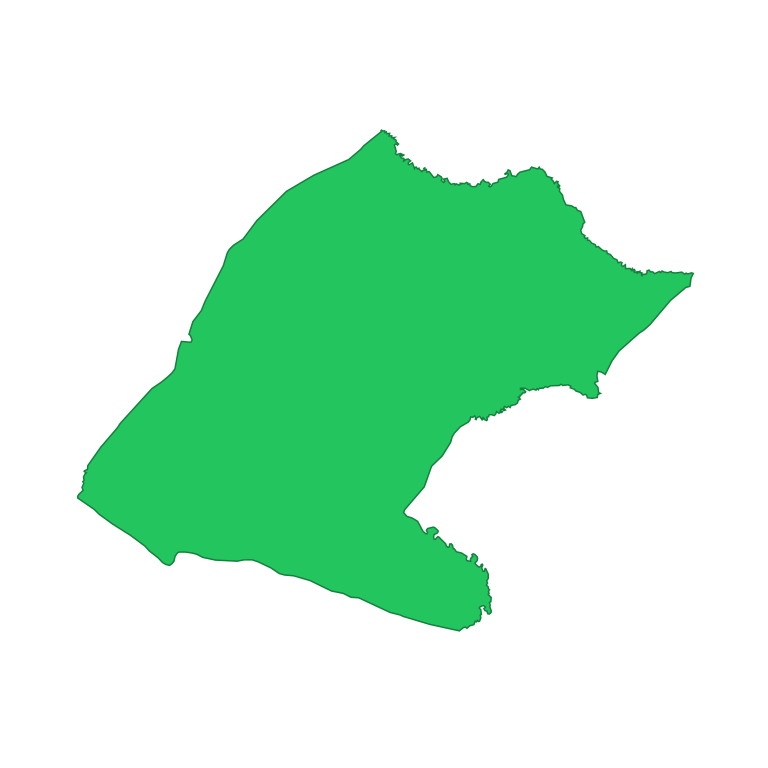 Kaset Wisai, Roi Et, Thailand (orthographic projection), rotated 210°
{"feature_id": "78962969B16569105271651", "entity_name": "Kaset Wisai", "entity_type": "district", "adm_level": 2, "iso_a3": "THA", "parent_name": "Thailand", "parent_adm1": "Roi Et", "projection": "orthographic", "projection_center": [103.508, 15.604], "detail": "fine", "context": "isolated", "style": "filled", "palette": "green", "viewbox_px": 768, "rotation_deg": 210, "n_neighbors": 0, "source": "geoboundaries", "source_scale": "gbopen_adm2", "svg_char_len": 6171}
<svg xmlns="http://www.w3.org/2000/svg" viewBox="0 0 768 768"><g transform="rotate(210 384 384)"><path d="M195.3,207.9L193.4,212.8L192.2,214.1L190.0,213.9L188.8,217.5L185.8,220.6L186.4,224.2L185.1,224.2L185.0,225.9L183.7,225.4L182.6,226.2L183.3,230.0L185.1,231.9L184.4,233.1L187.4,237.0L189.2,237.4L189.7,238.3L187.9,241.2L186.0,242.0L184.6,241.3L185.2,239.4L183.2,238.2L181.3,238.8L179.3,236.9L177.8,237.4L177.0,239.5L177.7,241.2L180.8,243.8L181.5,245.6L183.4,247.5L182.6,248.9L184.4,252.7L188.6,253.9L188.4,255.4L189.7,256.3L189.7,258.5L191.3,259.0L192.4,260.5L194.7,260.9L194.8,263.4L196.6,264.8L196.5,267.7L198.6,271.4L203.7,275.0L204.2,274.3L203.3,272.2L204.6,271.3L207.4,273.5L207.9,276.5L208.7,277.1L209.5,276.3L209.1,274.4L210.0,272.9L214.6,273.7L215.7,274.6L215.0,277.3L215.8,279.8L216.9,280.9L220.0,281.8L221.9,281.5L222.6,280.2L220.9,278.9L221.6,277.6L221.6,275.5L220.3,273.8L223.7,272.5L224.8,272.9L226.1,276.2L232.4,276.4L237.4,274.9L240.4,276.3L242.0,276.3L244.1,278.7L245.9,279.2L247.1,278.2L246.1,275.6L246.9,274.6L248.8,274.9L250.7,276.4L260.1,278.9L261.1,278.6L261.9,275.1L263.1,274.7L264.5,276.2L265.3,278.7L263.5,281.3L263.3,283.3L264.0,284.1L268.5,285.0L269.9,284.6L274.0,280.6L274.1,278.5L271.8,276.9L272.0,275.8L273.0,275.2L276.8,276.0L286.2,281.9L292.8,282.0L297.9,280.8L302.8,282.5L303.2,285.7L297.7,315.1L301.7,336.6L297.6,350.9L297.1,366.7L298.5,372.1L298.5,376.5L296.5,385.2L291.9,393.2L291.6,395.9L292.5,398.8L290.5,399.6L289.5,401.7L287.8,400.6L287.2,399.1L286.3,399.4L286.8,401.0L285.0,403.8L281.1,402.0L280.8,403.0L282.0,403.1L281.2,404.5L279.1,403.4L276.8,403.7L276.6,404.6L278.2,406.7L277.0,408.0L277.6,409.7L275.9,411.1L272.7,411.8L272.2,413.7L272.7,416.4L269.8,416.1L269.4,417.2L267.7,418.2L267.7,419.6L270.0,418.8L270.0,420.7L268.4,421.4L266.7,421.1L265.8,422.2L268.2,422.8L268.5,424.8L265.9,424.9L265.1,426.9L263.0,426.7L263.2,429.1L260.1,431.6L258.9,434.5L259.7,436.9L258.4,439.0L261.0,439.8L259.9,440.9L260.5,442.3L259.4,443.6L259.6,445.3L257.5,447.0L257.4,448.1L260.7,449.1L263.1,447.6L263.7,448.6L259.7,450.9L254.9,451.0L252.3,454.2L249.3,454.7L249.1,456.5L247.5,456.1L247.4,457.9L244.0,460.0L243.1,462.2L240.5,463.1L238.8,465.8L231.6,470.2L230.5,472.3L228.5,472.1L224.2,475.3L221.1,475.5L220.8,473.8L216.7,474.6L214.2,473.9L209.9,474.8L206.1,474.0L204.2,475.9L202.5,475.4L201.0,473.7L196.4,475.8L192.5,479.0L193.6,481.7L191.9,484.1L193.8,483.9L197.0,488.0L202.0,489.9L202.0,491.2L200.1,493.1L203.7,497.5L205.3,501.8L201.7,503.1L197.2,502.9L198.1,518.2L196.9,530.3L188.5,555.5L185.8,561.0L183.4,568.2L177.7,599.6L170.9,618.5L167.9,621.5L171.0,629.1L171.4,634.4L173.3,634.0L175.9,631.2L177.8,631.1L178.5,629.4L182.0,629.8L187.2,625.8L190.4,624.5L191.6,625.0L193.9,622.3L197.4,621.0L199.7,620.9L200.1,618.9L201.7,619.2L204.8,614.9L207.3,615.5L209.2,614.4L211.4,615.2L212.8,613.6L211.9,611.8L212.1,610.0L214.6,608.5L214.7,606.8L215.5,607.0L216.2,609.2L218.1,608.4L218.7,609.7L220.0,608.1L221.7,607.6L219.8,607.3L220.0,606.6L222.2,606.8L223.0,605.9L224.1,606.9L223.6,608.0L224.8,608.3L225.2,606.9L226.7,608.0L226.6,606.2L228.7,607.1L232.5,604.7L234.6,608.0L235.8,605.4L236.6,605.1L237.8,605.7L238.5,608.0L239.9,608.0L241.9,606.1L244.3,608.0L248.1,607.6L252.6,609.3L255.9,608.7L257.7,610.6L259.4,609.4L262.1,609.1L267.2,610.2L268.7,608.8L270.8,610.3L274.4,609.8L278.0,611.1L279.6,610.2L280.7,612.3L282.5,610.8L284.0,611.4L284.1,612.9L288.0,613.1L290.6,615.6L290.7,619.5L291.7,622.1L291.0,624.4L299.9,631.8L303.3,631.1L306.1,632.7L307.5,631.9L310.6,632.1L316.0,630.1L320.7,633.4L324.0,636.9L328.4,638.6L329.5,641.2L332.2,641.2L332.6,642.1L330.9,642.5L330.8,643.4L334.0,644.5L334.4,646.2L335.9,645.9L336.7,642.7L338.6,644.2L341.6,645.1L341.3,646.6L346.7,645.3L350.2,647.9L354.2,649.1L356.2,648.3L358.0,649.4L358.4,647.1L364.7,645.6L365.0,642.4L372.1,635.5L373.2,632.4L373.2,629.8L377.5,628.3L381.5,631.7L383.5,631.5L383.4,628.9L384.4,626.4L383.8,626.1L382.5,627.8L381.4,628.0L380.8,626.7L381.4,624.2L387.0,618.5L386.2,615.8L389.9,612.0L390.0,609.0L390.9,607.6L392.2,607.7L391.9,610.1L394.7,610.8L396.2,609.8L398.1,609.7L400.3,610.6L401.0,607.2L400.5,604.9L402.7,604.4L403.2,601.0L406.2,599.0L408.5,598.9L409.8,600.2L411.1,598.8L411.8,599.9L413.3,599.8L414.6,597.5L416.8,596.9L417.0,595.9L418.4,596.0L417.9,594.5L418.5,593.8L421.3,593.5L422.0,592.0L422.7,592.8L423.5,592.6L425.8,590.4L429.2,591.4L432.1,593.7L434.9,591.2L432.7,590.0L433.0,588.4L436.3,589.0L436.3,590.9L437.9,592.0L442.1,592.2L442.0,589.8L444.2,587.7L451.0,590.5L453.0,588.9L454.5,591.0L455.4,590.1L456.7,591.6L457.3,590.6L455.9,589.3L457.1,588.4L457.3,586.9L460.7,587.5L461.6,588.4L462.7,587.0L464.6,588.0L465.4,587.2L465.3,585.8L469.9,589.7L471.7,586.5L472.7,586.3L473.6,588.0L472.5,590.5L475.5,591.0L477.5,589.1L478.5,586.2L478.8,588.6L479.7,589.3L481.8,588.4L484.5,589.7L484.2,590.6L482.2,590.5L481.3,592.2L485.1,591.8L487.8,588.9L489.3,589.3L489.7,591.6L494.5,596.2L493.8,597.8L491.7,597.7L491.4,599.1L495.0,599.9L495.3,601.0L496.1,601.4L498.4,601.0L498.8,601.5L498.1,602.8L500.6,601.2L501.4,602.8L503.6,601.3L504.4,603.9L506.6,602.2L508.1,603.5L508.9,602.2L510.0,603.6L511.5,602.5L513.0,602.7L513.3,602.0L512.6,601.1L520.7,580.1L521.5,575.5L526.8,560.7L549.1,529.8L564.8,502.1L575.8,462.0L578.5,439.1L583.7,428.9L585.2,423.5L585.3,419.4L582.3,406.1L580.3,366.3L578.9,356.2L580.7,342.5L577.8,329.5L576.0,329.2L572.2,326.2L572.1,325.0L572.2,323.5L580.7,319.6L579.3,311.3L572.6,292.6L573.2,287.4L574.8,282.1L577.6,274.6L582.7,264.0L592.7,218.1L593.0,212.8L597.7,187.6L599.7,165.2L598.1,161.8L600.1,158.9L599.9,158.3L597.4,158.2L598.0,156.6L597.8,153.3L595.6,150.6L596.0,148.9L594.3,147.7L593.8,143.4L591.4,141.5L593.1,135.7L593.1,133.7L592.2,132.1L572.2,130.5L565.2,128.7L548.8,127.0L528.1,126.2L510.0,124.1L503.9,122.1L492.7,120.5L486.6,118.7L483.0,118.6L479.2,119.6L478.1,121.5L477.2,125.1L478.8,130.5L478.4,134.5L477.4,136.0L472.1,139.1L465.3,141.8L460.6,143.0L454.4,143.2L441.8,147.3L422.5,157.2L417.3,161.7L410.3,165.8L403.9,167.1L389.8,168.2L380.0,167.5L374.8,168.8L366.4,172.7L349.8,176.8L325.8,178.5L314.6,182.3L305.9,182.8L299.0,186.2L264.6,189.2L254.3,192.1L251.2,192.3L224.3,198.7L195.3,207.9Z" fill="#22c55e" stroke="#15803d" stroke-width="1.5"/></g></svg>